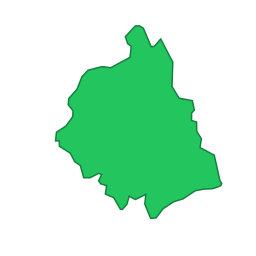 the border of Ballymena, rotated 251°
{"feature_id": "GBR-2094", "entity_name": "Ballymena", "entity_type": "District", "adm_level": 1, "iso_a3": "GBR", "parent_name": "United Kingdom", "parent_adm1": "", "projection": "albers", "projection_center": [-6.275, 54.902], "detail": "fine", "context": "isolated", "style": "filled", "palette": "green", "viewbox_px": 256, "rotation_deg": 251, "n_neighbors": 0, "source": "natural_earth", "source_scale": "10m", "svg_char_len": 964}
<svg xmlns="http://www.w3.org/2000/svg" viewBox="0 0 256 256"><g transform="rotate(251 128 128)"><path d="M43.5,197.1L43.2,196.8L43.0,190.9L43.2,187.6L45.1,181.3L45.1,181.2L45.3,181.1L46.8,171.3L43.1,157.0L43.4,146.9L40.2,134.8L33.9,125.3L35.1,120.0L50.6,119.1L59.4,123.2L58.0,111.7L63.1,106.9L56.2,102.1L52.9,96.2L53.6,94.4L66.8,91.8L72.9,85.1L80.5,89.0L84.1,84.0L87.7,83.0L92.6,88.0L94.7,85.5L93.3,76.1L95.4,69.9L108.1,70.7L113.4,66.7L123.0,65.2L133.1,57.2L138.4,58.8L139.4,55.3L147.3,59.0L150.2,70.3L156.8,79.5L162.1,81.6L169.5,79.1L175.1,81.5L181.3,92.4L191.7,101.4L195.6,109.2L194.5,123.5L190.6,131.3L194.2,152.9L204.2,157.7L207.8,155.1L215.3,155.3L222.1,168.1L221.0,171.9L217.3,175.0L197.2,176.4L196.7,179.7L201.5,187.9L175.7,191.8L152.9,183.1L139.6,186.0L132.9,197.7L123.4,196.6L121.5,193.1L114.4,190.5L111.4,194.8L102.4,191.9L93.9,193.9L86.1,189.7L74.2,200.7L48.3,197.8L45.0,198.6L43.5,197.1Z" fill="#22c55e" stroke="#15803d" stroke-width="1.5"/></g></svg>